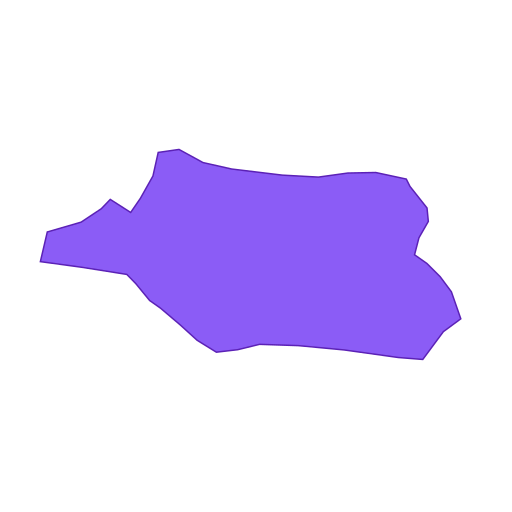 outline of Kil, Värmland, Sweden, rotated 9°
{"feature_id": "70781695B19557897917232", "entity_name": "Kil", "entity_type": "district", "adm_level": 2, "iso_a3": "SWE", "parent_name": "Sweden", "parent_adm1": "Värmland", "projection": "natural_earth1", "projection_center": [13.218, 59.582], "detail": "fine", "context": "isolated", "style": "filled", "palette": "violet", "viewbox_px": 512, "rotation_deg": 9, "n_neighbors": 0, "source": "geoboundaries", "source_scale": "gbopen_adm2", "svg_char_len": 667}
<svg xmlns="http://www.w3.org/2000/svg" viewBox="0 0 512 512"><g transform="rotate(9 256 256)"><path d="M46.1,264.9L43.9,295.3L85.4,294.4L131.3,294.4L141.6,302.1L157.9,316.6L169.7,322.4L191.9,335.9L211.1,348.5L231.9,357.2L252.6,351.4L273.3,342.7L311.8,337.9L357.7,335.0L412.4,334.0L436.9,332.1L452.9,301.4L468.1,286.0L454.6,260.8L441.1,247.6L425.9,236.6L412.4,230.0L414.1,212.5L420.8,194.9L417.4,181.8L397.2,163.2L392.4,156.5L361.2,154.8L333.7,159.7L305.3,168.3L269.4,172.0L218.3,173.9L189.0,172.0L163.3,162.8L143.2,169.0L141.7,193.1L132.8,217.1L125.4,232.6L103.2,222.9L95.8,233.5L78.0,249.9L46.1,264.9Z" fill="#8b5cf6" stroke="#5b21b6" stroke-width="1.5"/></g></svg>